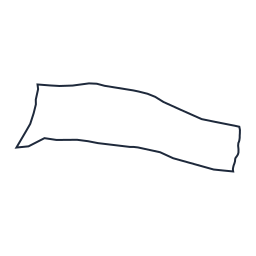 Kernoi, Western Darfur, Sudan, rotated 89°
{"feature_id": "16777658B31925406348154", "entity_name": "Kernoi", "entity_type": "district", "adm_level": 2, "iso_a3": "SDN", "parent_name": "Sudan", "parent_adm1": "Western Darfur", "projection": "equal_earth", "projection_center": [23.614, 14.984], "detail": "fine", "context": "isolated", "style": "outline", "palette": "slate", "viewbox_px": 256, "rotation_deg": 89, "n_neighbors": 0, "source": "geoboundaries", "source_scale": "gbopen_adm2", "svg_char_len": 962}
<svg xmlns="http://www.w3.org/2000/svg" viewBox="0 0 256 256"><g transform="rotate(89 128 128)"><path d="M145.6,239.9L144.6,227.8L136.7,211.7L138.7,199.7L138.9,179.1L140.5,168.2L142.6,158.3L147.0,126.1L147.0,122.9L147.6,118.4L152.8,96.3L159.0,83.4L171.0,43.1L172.2,33.2L173.3,23.6L171.9,23.8L170.5,23.8L168.7,23.4L167.2,23.0L165.2,22.2L163.2,21.6L161.2,21.4L160.2,21.2L159.4,20.7L158.0,19.6L156.4,18.6L154.5,18.0L151.1,17.9L149.8,18.0L147.7,18.2L145.8,18.0L144.9,17.9L144.5,17.7L144.3,17.6L143.6,17.3L142.3,16.9L139.8,16.5L136.7,16.4L136.2,16.3L134.2,16.2L133.5,16.2L132.0,16.1L130.9,16.3L129.7,16.5L128.7,16.7L127.5,21.6L127.2,23.1L123.5,40.3L120.4,54.2L116.9,61.7L110.8,74.8L102.6,92.1L97.3,100.3L94.1,107.9L91.7,116.8L90.5,122.1L85.4,150.7L83.2,158.4L82.7,166.2L84.6,182.6L84.8,195.7L84.1,205.1L82.9,217.7L87.5,217.2L98.0,219.7L102.8,219.7L111.7,222.1L122.2,225.7L129.4,230.0L132.5,231.9L145.6,239.9Z" fill="none" stroke="#1e293b" stroke-width="2"/></g></svg>